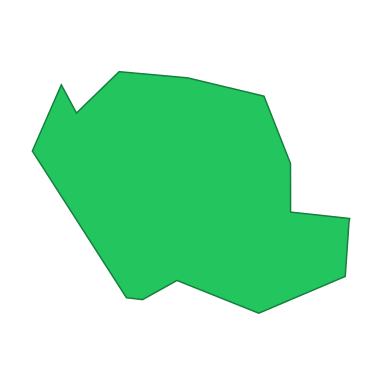 Fredericksburg, Virginia, United States of America (Albers equal-area conic projection), rotated 172°
{"feature_id": "52423323B55756815925715", "entity_name": "Fredericksburg", "entity_type": "district", "adm_level": 2, "iso_a3": "USA", "parent_name": "United States of America", "parent_adm1": "Virginia", "projection": "albers", "projection_center": [-77.495, 38.298], "detail": "fine", "context": "isolated", "style": "filled", "palette": "green", "viewbox_px": 384, "rotation_deg": 172, "n_neighbors": 0, "source": "geoboundaries", "source_scale": "gbopen_adm2", "svg_char_len": 353}
<svg xmlns="http://www.w3.org/2000/svg" viewBox="0 0 384 384"><g transform="rotate(172 192 192)"><path d="M40.7,140.5L39.6,143.8L97.2,158.4L90.5,206.5L107.4,276.9L180.4,305.6L247.4,321.3L295.4,286.3L306.5,316.3L344.4,254.8L271.6,96.4L255.9,92.3L219.2,106.5L142.8,62.7L52.0,87.1L40.7,140.5Z" fill="#22c55e" stroke="#15803d" stroke-width="1.5"/></g></svg>